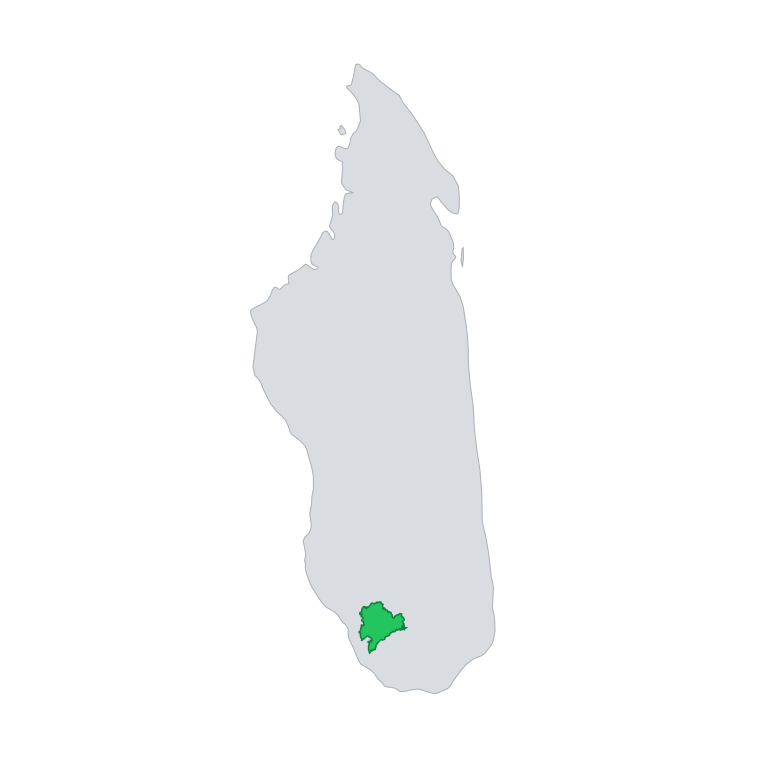 location of Betioky Atsimo, Atsimo-Andrefana, Madagascar, rotated 338°
{"feature_id": "10022922B63491232053463", "entity_name": "Betioky Atsimo", "entity_type": "district", "adm_level": 2, "iso_a3": "MDG", "parent_name": "Madagascar", "parent_adm1": "Atsimo-Andrefana", "projection": "robinson", "projection_center": [44.506, -23.693], "detail": "fine", "context": "in_parent", "style": "filled", "palette": "green", "viewbox_px": 768, "rotation_deg": 338, "n_neighbors": 0, "source": "geoboundaries", "source_scale": "gbopen_adm2", "svg_char_len": 8861}
<svg xmlns="http://www.w3.org/2000/svg" viewBox="0 0 768 768"><g transform="rotate(338 384 384)"><path d="M490.4,93.4L492.2,98.2L494.3,102.7L500.9,113.8L503.7,118.0L506.2,122.5L507.3,131.5L511.4,145.5L515.3,166.5L516.4,188.1L517.6,198.0L520.7,207.3L525.7,216.9L527.2,227.7L524.0,238.7L519.5,249.2L518.3,251.1L516.2,253.8L515.2,253.7L511.6,251.0L508.7,246.6L505.1,236.2L503.8,231.0L502.2,230.1L497.9,230.6L494.7,233.9L494.1,235.9L494.7,241.8L495.9,247.0L496.4,252.4L496.4,259.1L497.6,261.1L499.3,262.8L501.1,267.2L501.3,277.7L500.2,283.0L497.1,287.6L497.2,290.1L498.3,292.6L497.2,294.2L493.1,296.2L491.5,297.9L489.2,302.5L485.6,312.0L485.1,316.8L487.2,331.5L486.5,341.9L481.8,361.8L479.2,371.2L475.4,382.5L469.7,397.4L463.9,416.1L459.1,435.3L455.5,446.8L451.4,458.2L445.8,478.3L441.0,498.7L434.0,521.2L424.4,546.2L423.4,549.5L421.3,562.3L419.1,573.4L416.5,584.4L411.2,602.5L410.5,608.1L409.3,613.5L404.1,624.9L402.0,629.1L400.4,633.6L399.5,639.4L398.0,644.9L394.2,655.0L388.6,663.7L384.8,666.9L376.6,671.5L372.4,672.4L363.2,672.5L354.3,675.1L345.0,680.2L336.1,686.0L332.7,688.7L328.9,690.3L317.1,690.6L313.6,689.3L301.8,679.8L297.2,678.3L288.6,677.0L285.9,676.2L283.6,674.9L280.1,670.0L273.1,665.8L271.4,664.5L270.4,661.6L269.6,658.5L267.8,655.0L266.5,648.3L264.2,643.7L257.8,635.5L257.1,632.9L256.6,624.2L256.8,618.3L256.1,607.5L256.9,602.4L259.1,597.8L258.2,592.9L255.8,587.7L254.9,582.3L253.1,577.4L246.3,568.6L244.8,564.2L243.7,559.8L241.1,545.7L240.8,540.9L241.1,530.5L242.1,525.2L243.7,521.5L244.1,518.8L245.1,516.4L246.7,514.5L247.8,512.2L250.3,499.1L253.5,496.1L258.2,494.4L262.0,491.0L264.2,486.3L266.4,476.8L272.4,467.2L274.5,462.2L279.3,454.7L283.6,444.0L284.9,439.0L285.8,433.9L286.9,422.6L287.7,417.0L287.6,411.4L285.1,405.7L279.3,395.4L279.1,393.4L279.5,385.7L279.0,380.2L276.9,374.6L274.1,369.4L271.4,359.6L270.1,343.5L270.3,337.6L269.5,332.4L267.5,327.5L269.0,318.8L286.5,287.5L287.0,283.8L286.3,274.3L286.7,268.7L287.3,266.7L288.6,265.5L291.6,264.9L305.8,263.5L307.6,262.6L311.2,259.9L316.0,254.8L318.3,253.3L320.2,253.9L321.4,256.1L323.0,257.3L328.7,255.0L330.9,254.9L333.2,255.3L334.2,253.1L334.8,250.3L335.7,248.3L337.2,247.1L344.6,246.5L349.3,245.7L355.4,243.7L356.7,244.1L361.6,251.3L363.1,251.9L365.0,252.2L366.6,250.9L362.7,247.1L362.1,245.0L362.3,242.6L364.4,237.4L368.0,233.5L376.0,227.5L384.2,220.6L386.6,220.1L388.6,221.2L390.2,229.4L390.0,230.7L391.3,230.9L392.8,229.9L394.2,226.6L394.3,223.9L393.2,221.2L392.6,219.0L392.6,217.0L396.8,212.1L400.1,207.5L401.6,202.0L403.0,199.5L406.4,196.7L407.5,197.1L408.3,199.4L408.7,201.9L407.8,204.3L406.5,206.7L406.0,210.0L408.0,210.6L409.8,209.8L412.5,204.0L415.6,198.5L417.4,195.6L419.8,193.6L423.6,194.0L427.3,195.3L421.3,189.5L419.8,181.5L427.0,167.8L427.1,164.9L428.2,164.0L428.7,162.9L424.9,158.3L424.2,155.9L424.7,152.5L426.5,149.4L428.2,147.2L430.5,146.3L432.3,147.5L436.3,151.4L439.0,151.9L442.3,148.3L445.0,143.7L449.1,140.5L453.7,138.6L460.7,131.4L465.3,116.3L465.6,111.9L464.7,106.6L463.1,101.5L460.4,95.2L461.1,93.8L464.9,94.6L466.2,93.7L470.4,88.1L477.3,77.4L479.5,77.4L481.4,79.4L482.2,82.4L483.5,84.5L488.1,89.6L490.4,93.4ZM442.6,135.8L442.6,137.4L437.4,136.8L436.6,131.1L439.1,130.9L439.7,128.5L441.3,128.3L442.9,133.3L442.6,135.8ZM505.0,296.6L500.5,305.0L501.8,298.0L507.0,288.0L508.5,287.2L505.0,296.6Z" fill="#d9dde1" stroke="#a8b0b8" stroke-width="1"/><path d="M296.0,583.8L295.9,584.0L295.7,584.0L295.7,583.9L295.4,583.7L295.0,583.6L294.5,584.2L294.4,584.2L293.8,584.0L293.6,583.9L293.0,584.0L292.9,584.2L292.7,584.2L292.2,583.9L291.2,582.8L291.0,582.6L290.7,582.5L290.1,582.7L289.9,582.9L289.2,583.1L288.9,583.5L288.4,583.8L288.1,584.1L287.6,584.4L287.2,584.4L286.8,584.9L286.3,585.1L285.7,585.0L285.6,584.7L285.1,584.5L284.9,584.7L284.6,584.7L284.5,584.9L284.4,584.8L283.7,584.1L283.7,584.9L283.5,585.4L283.4,585.2L283.0,584.7L282.6,584.3L282.6,584.1L282.3,583.8L282.2,583.5L282.2,583.1L282.0,582.9L281.7,582.8L281.5,582.6L281.5,582.4L281.3,582.9L280.9,583.5L280.1,583.8L279.7,583.9L279.4,584.2L279.2,584.6L278.8,585.1L278.7,585.6L277.9,586.5L277.7,587.0L276.0,586.9L275.6,587.7L275.3,588.3L275.8,589.4L276.0,589.5L276.3,589.4L277.5,588.5L277.4,589.1L277.2,589.2L277.0,589.7L276.7,590.0L276.3,590.6L275.9,590.8L275.7,591.2L275.9,591.4L276.3,591.5L276.8,592.2L277.0,592.6L277.2,593.2L277.1,593.4L276.8,593.6L276.1,593.8L275.2,594.2L275.0,594.3L274.7,594.8L274.7,595.1L274.8,595.5L275.2,596.3L275.4,596.7L275.9,596.7L276.0,597.0L275.8,597.7L275.6,598.1L275.4,598.5L275.3,599.0L275.4,599.4L275.1,599.6L275.4,599.8L275.3,600.1L274.9,600.4L274.6,600.3L274.4,600.1L274.2,600.0L273.9,599.8L273.6,600.0L273.4,600.3L273.2,600.3L273.1,600.1L273.2,599.5L273.2,599.1L273.0,598.9L272.7,599.0L272.1,600.4L271.9,601.1L271.4,601.3L271.1,601.5L270.7,602.3L270.5,602.6L270.4,602.9L270.3,603.2L269.1,604.2L268.8,604.3L268.5,604.6L268.1,604.8L267.9,604.8L267.5,605.2L267.8,605.1L267.9,605.3L268.0,605.3L268.0,605.1L268.2,605.3L268.6,605.4L268.6,605.5L268.5,605.8L268.6,606.0L268.5,606.3L268.7,606.5L268.8,606.7L268.5,607.0L268.3,607.6L267.9,608.2L267.7,608.8L267.7,609.4L267.5,610.3L267.7,611.3L267.9,611.6L267.9,611.9L267.6,612.6L267.2,613.3L267.4,613.4L268.3,613.2L269.1,612.8L269.5,612.7L270.5,612.7L270.8,612.5L272.0,612.1L274.1,611.4L274.5,611.6L274.9,611.8L275.5,613.2L275.9,613.7L276.1,614.0L276.9,614.5L277.1,614.9L277.2,615.5L277.1,616.2L276.7,617.3L276.5,617.7L276.2,617.9L276.0,618.0L275.3,616.5L275.1,616.8L274.9,617.4L274.9,617.6L275.4,618.0L275.4,618.3L275.1,618.4L274.9,618.3L274.8,618.1L274.3,617.4L273.9,617.2L273.3,617.1L272.5,617.1L272.4,617.2L273.0,618.1L273.3,618.4L273.0,618.6L272.9,619.1L273.0,619.5L272.8,620.0L272.7,620.2L272.2,620.2L272.1,620.3L272.1,620.5L272.1,620.8L271.7,621.2L271.2,621.5L271.2,621.9L271.0,622.6L270.7,623.2L270.5,623.7L270.2,624.4L270.3,624.8L270.1,625.2L270.2,625.6L270.2,625.9L270.0,626.3L269.8,627.4L269.9,627.9L269.9,628.1L270.3,627.9L270.9,627.7L271.7,627.0L271.9,626.5L272.1,626.3L272.3,626.3L272.9,626.8L273.0,626.7L273.3,626.3L273.5,626.1L273.9,626.5L274.2,626.7L274.4,626.8L274.9,626.7L274.9,626.4L275.1,626.3L275.3,626.6L275.5,626.7L275.9,626.8L276.5,626.8L277.0,625.8L277.6,625.2L277.9,624.8L278.2,624.6L278.5,623.8L278.5,623.6L278.8,623.3L279.9,622.5L280.7,622.1L281.3,621.6L281.9,621.5L282.1,621.1L282.3,621.0L282.9,620.9L284.1,620.1L284.7,620.0L285.8,620.1L286.1,620.2L286.5,620.7L287.1,620.9L289.0,620.9L289.4,620.4L289.4,620.0L289.5,619.8L289.7,619.6L290.1,619.6L290.4,619.4L291.0,618.6L291.8,619.0L292.2,619.0L292.8,618.9L293.2,619.2L293.4,619.2L293.5,619.1L294.0,619.2L295.0,618.8L295.3,618.3L295.6,618.0L296.1,617.9L296.5,617.4L297.3,617.2L297.6,617.4L298.5,617.2L298.9,617.1L299.4,616.6L299.8,616.7L300.2,617.4L301.2,617.4L301.3,617.7L301.8,617.6L302.2,617.2L302.6,617.0L302.9,617.0L303.2,616.3L303.4,616.2L303.6,616.1L303.8,616.2L304.0,616.9L304.2,617.1L304.8,616.9L305.1,617.1L305.3,617.1L305.6,617.3L305.8,617.4L306.2,617.0L306.5,616.9L306.6,617.3L306.8,617.7L307.1,618.1L307.3,617.8L307.3,617.5L307.4,617.3L307.5,617.3L307.7,617.9L307.4,618.2L308.9,618.6L309.5,618.5L309.8,618.1L309.6,617.6L309.3,617.2L309.6,617.0L309.4,616.8L310.0,616.5L310.4,616.1L310.5,615.9L310.4,615.7L310.8,615.2L311.1,614.9L311.5,614.7L311.9,614.8L311.7,615.6L310.7,615.6L311.3,616.0L311.3,616.3L310.5,616.7L309.9,616.9L310.1,617.2L310.4,616.9L310.5,617.6L311.2,617.6L311.2,618.3L310.5,618.2L310.4,618.5L311.0,618.7L311.3,618.5L311.1,619.1L312.0,618.6L313.3,618.4L312.0,617.6L312.1,615.9L312.2,615.5L312.4,614.2L312.5,613.8L312.4,613.8L312.2,613.7L312.4,613.0L312.4,612.8L312.1,612.4L312.1,612.1L312.1,611.9L312.1,611.6L312.1,611.3L312.1,611.1L312.5,611.0L313.3,610.8L313.8,610.6L314.5,610.0L314.7,609.1L314.4,608.2L314.4,607.5L313.6,606.5L313.2,606.2L313.1,605.6L313.2,605.3L313.5,605.0L314.1,604.3L314.2,603.9L313.6,603.3L312.8,602.8L312.4,602.8L311.8,603.2L311.5,603.2L311.2,603.2L310.6,603.5L309.8,603.0L309.5,602.9L308.9,603.0L308.4,603.2L308.0,603.5L307.0,603.4L306.6,603.5L306.4,603.9L306.3,604.2L306.1,604.4L305.9,604.3L305.3,604.5L305.0,604.4L304.8,603.8L304.5,603.4L304.5,603.2L304.5,602.9L304.7,602.3L305.0,601.9L304.9,601.2L304.8,600.7L304.7,600.2L304.7,599.6L304.9,599.2L304.9,598.8L304.8,598.6L304.7,598.4L304.4,598.3L304.2,598.0L304.0,597.9L303.8,597.3L303.7,597.2L303.2,597.1L302.7,597.8L302.4,597.7L302.4,597.4L302.6,596.8L302.3,596.6L302.2,596.4L302.4,595.6L302.4,595.3L302.1,594.9L301.9,594.6L301.7,594.4L301.4,594.4L301.0,594.6L300.6,594.3L300.6,593.7L300.8,593.1L300.6,592.7L300.6,592.2L300.5,591.9L300.1,591.6L299.5,592.3L299.2,592.4L298.8,592.3L298.7,591.7L299.2,590.9L299.4,589.3L299.6,589.0L300.4,588.1L300.5,587.9L300.5,587.7L300.3,587.6L300.2,587.4L299.7,587.2L299.5,586.9L299.3,586.9L299.3,585.9L299.5,585.6L299.5,585.4L299.5,585.2L299.4,585.0L298.9,584.6L298.1,584.4L297.4,584.3L297.3,584.5L296.9,584.6L296.7,584.3L296.4,584.3L296.4,584.0L296.0,583.8Z" fill="#22c55e" stroke="#15803d" stroke-width="1.5"/></g></svg>